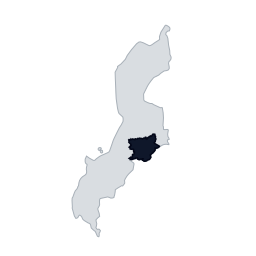 location of Kasungu, Kasungu, Malawi, rotated 214°
{"feature_id": "42251766B4237185447418", "entity_name": "Kasungu", "entity_type": "district", "adm_level": 2, "iso_a3": "MWI", "parent_name": "Malawi", "parent_adm1": "Kasungu", "projection": "orthographic", "projection_center": [33.451, -12.996], "detail": "fine", "context": "in_parent", "style": "filled", "palette": "ink", "viewbox_px": 256, "rotation_deg": 214, "n_neighbors": 0, "source": "geoboundaries", "source_scale": "gbopen_adm2", "svg_char_len": 7480}
<svg xmlns="http://www.w3.org/2000/svg" viewBox="0 0 256 256"><g transform="rotate(214 128 128)"><path d="M99.2,148.7L97.8,146.7L96.6,147.2L94.9,148.6L94.1,149.0L93.6,148.9L93.3,148.6L92.9,147.7L91.7,145.1L90.2,143.3L88.7,142.6L87.5,141.7L88.0,140.9L88.6,140.3L88.4,139.7L87.7,138.8L85.0,137.6L84.9,137.0L87.3,135.9L88.8,134.6L89.8,133.3L91.1,130.5L92.1,127.8L92.9,126.9L93.2,125.1L93.0,123.0L93.5,120.4L93.8,117.9L93.0,116.9L92.3,115.3L93.1,112.4L94.3,110.5L100.3,108.4L104.5,106.6L105.4,105.8L106.8,104.2L107.6,102.7L107.0,102.2L103.7,102.2L102.9,101.6L100.5,96.2L101.8,90.0L102.0,87.5L101.9,84.5L101.5,82.3L100.5,81.4L99.8,80.2L100.0,77.0L101.0,76.6L103.0,72.3L104.0,69.8L102.9,67.8L101.6,64.9L101.1,63.1L100.8,62.5L101.6,61.4L103.0,60.3L104.6,60.0L106.3,59.5L111.5,54.1L111.6,53.1L110.7,51.3L108.7,48.6L108.3,47.5L108.0,44.3L107.2,43.4L104.3,41.2L102.1,38.9L102.8,36.6L103.2,34.0L102.1,32.7L100.4,31.2L99.4,29.1L98.9,27.5L97.6,26.9L96.5,26.9L95.6,27.9L94.6,27.8L93.5,27.5L93.1,26.1L93.1,24.6L92.3,23.6L91.5,22.3L91.4,21.5L91.9,21.3L92.9,21.2L97.2,23.9L99.8,24.1L102.6,24.6L105.1,27.0L106.4,27.4L108.0,27.0L112.6,26.8L114.5,27.1L116.9,28.6L117.8,28.8L119.3,28.8L119.6,28.4L119.7,27.6L119.5,25.9L119.8,24.9L120.7,23.9L123.3,25.1L129.6,30.5L129.8,31.2L133.8,36.5L135.1,38.7L135.1,39.9L136.3,44.6L136.6,46.7L136.3,48.4L136.3,49.7L136.8,51.6L136.7,52.4L138.1,55.2L138.8,57.5L138.9,59.8L138.5,62.0L137.2,65.2L137.0,66.5L137.3,67.7L138.1,69.0L139.4,70.4L140.4,72.1L141.1,74.1L141.7,75.0L142.5,74.9L143.8,75.3L144.9,76.4L146.1,78.3L146.5,80.6L146.7,81.5L143.1,81.4L138.6,81.8L137.5,82.6L137.1,84.6L135.7,88.5L134.9,90.0L133.2,92.7L130.9,96.4L130.4,97.6L130.5,98.9L131.8,104.0L133.3,109.4L133.7,111.5L134.7,118.7L135.3,123.7L135.3,126.7L135.8,130.7L137.1,132.8L138.4,134.2L143.5,135.0L145.0,136.0L147.8,138.6L154.1,145.6L157.5,150.1L160.4,154.1L165.8,161.4L169.9,167.1L170.4,172.4L171.1,173.2L169.6,177.2L168.6,183.5L169.2,187.8L168.9,195.0L168.0,202.6L167.0,205.4L165.8,206.4L162.9,207.2L156.5,208.1L155.5,209.0L154.7,210.5L153.4,214.0L151.8,217.6L151.3,219.1L151.6,219.5L153.0,221.3L154.3,225.9L154.5,233.9L154.0,234.5L152.1,234.8L150.1,234.7L149.2,234.3L148.5,233.4L148.0,231.7L149.3,230.5L149.8,228.4L149.0,226.6L147.3,226.2L145.1,224.6L140.5,219.2L136.7,215.5L134.4,212.4L132.2,211.1L131.5,210.3L130.9,209.0L130.9,207.1L131.2,205.8L130.5,204.2L128.1,201.8L127.1,200.4L127.0,198.8L128.0,197.3L130.0,195.4L131.5,191.6L132.1,189.1L134.9,184.2L135.3,179.8L135.4,176.4L135.3,173.8L134.6,168.5L134.1,164.9L130.6,160.1L129.5,159.6L126.2,160.0L123.3,160.7L121.9,161.7L119.8,161.7L114.2,162.6L112.5,162.9L111.4,163.8L110.9,164.0L107.4,160.3L104.3,156.3L100.3,149.5L99.2,148.7ZM140.1,96.2L139.2,96.4L138.6,95.9L138.8,94.4L139.1,93.4L140.0,93.2L140.7,93.5L141.1,94.0L141.2,94.8L140.9,95.6L140.1,96.2ZM138.1,93.5L137.5,95.0L136.4,94.9L135.4,93.6L135.7,92.6L136.7,92.3L137.6,92.7L138.1,93.5Z" fill="#d9dde1" stroke="#a8b0b8" stroke-width="1"/><path d="M112.6,126.1L112.6,125.9L112.7,125.6L113.0,125.5L113.1,125.3L113.3,125.3L113.5,125.1L113.7,124.9L113.8,124.9L114.0,124.9L114.2,124.7L114.1,124.3L114.2,124.2L114.3,124.1L114.2,123.9L114.3,123.8L114.4,123.7L114.6,123.7L115.0,123.2L115.3,123.2L115.4,123.3L115.5,123.3L115.6,123.2L115.8,123.2L116.0,123.0L116.0,122.9L115.8,122.8L115.9,122.6L115.8,122.4L115.8,122.2L116.2,122.1L116.5,121.9L116.7,122.0L116.8,122.0L117.0,121.9L117.3,121.6L117.7,121.6L117.9,121.2L118.2,121.0L118.3,121.0L118.5,121.1L118.6,120.9L118.8,120.2L119.0,119.8L119.2,119.7L119.3,119.7L119.4,119.8L119.4,119.7L119.6,119.7L119.7,119.4L119.9,119.3L120.2,119.2L120.4,119.1L120.7,119.0L120.8,118.5L120.5,118.3L120.2,118.2L120.0,117.9L119.9,117.9L119.8,117.7L119.6,117.6L119.5,117.2L119.4,116.8L119.4,116.7L118.4,116.4L117.4,116.3L117.1,116.2L116.7,116.2L116.6,115.9L116.3,115.8L116.1,115.8L116.0,115.7L115.9,115.5L115.7,115.3L115.8,115.2L115.9,114.8L115.8,114.5L115.9,114.3L116.0,114.3L116.0,114.2L115.9,114.1L116.0,114.0L115.9,113.9L115.7,113.8L115.7,113.7L115.9,113.7L116.0,113.3L116.2,113.1L116.3,113.0L116.2,112.8L116.2,112.6L115.7,112.6L115.2,112.6L115.2,112.8L114.8,112.5L114.8,112.4L114.6,112.3L114.6,112.1L114.4,112.0L114.5,111.9L114.4,111.8L114.1,112.0L113.9,112.0L113.5,112.2L113.4,112.2L113.2,112.3L112.8,112.8L112.4,113.0L112.0,113.2L111.9,113.1L111.6,113.4L111.4,113.4L110.8,112.6L110.6,112.1L109.9,111.3L109.6,111.5L109.2,111.8L109.1,111.7L108.7,110.9L108.6,109.5L108.8,109.3L109.0,109.1L109.2,108.9L109.4,108.6L109.4,108.4L109.2,108.2L108.9,107.9L108.9,107.7L108.7,107.6L108.7,107.2L108.7,106.9L108.5,106.7L108.5,106.3L108.4,106.2L108.2,105.9L108.5,105.6L109.5,105.3L109.5,104.8L110.1,103.4L109.7,103.4L109.5,103.6L108.5,103.6L108.2,103.5L108.2,103.4L107.8,103.7L107.5,103.8L107.5,104.0L107.3,104.1L107.3,104.3L107.2,104.3L106.8,104.5L106.6,104.5L106.4,104.7L106.4,104.9L106.5,105.2L106.6,105.3L106.7,105.5L106.4,105.8L106.2,105.7L106.0,105.9L105.9,105.9L105.6,106.1L105.4,106.2L105.3,106.3L105.2,106.5L105.0,106.8L104.8,107.0L104.9,107.3L104.7,107.4L104.6,107.5L104.4,107.6L104.2,107.8L104.0,108.2L103.7,108.4L103.4,108.3L103.2,108.1L102.7,108.1L102.6,107.8L102.5,107.7L102.4,107.6L102.1,107.7L101.3,107.8L101.0,107.9L100.8,108.1L100.2,109.2L99.9,109.5L99.4,109.6L99.1,109.9L98.9,110.5L98.6,110.7L98.7,109.8L98.5,109.7L98.3,109.6L97.8,109.4L97.5,109.5L97.3,109.5L97.1,109.6L96.9,109.9L96.6,109.8L96.3,109.4L95.6,109.7L95.1,110.1L94.8,110.5L94.5,110.8L94.2,111.3L94.1,111.5L94.0,112.1L93.9,112.5L93.5,113.0L93.1,113.3L92.7,113.8L92.6,114.0L92.6,115.7L92.6,116.2L92.6,116.4L92.6,116.5L92.8,116.7L93.4,117.1L93.6,117.4L93.8,117.5L94.0,117.5L94.5,118.2L94.4,118.4L94.2,118.6L94.2,119.3L94.0,119.9L94.1,120.2L94.1,120.4L93.9,120.5L93.7,120.7L93.6,121.1L93.4,121.3L93.4,121.6L93.6,121.9L93.6,122.0L93.5,122.4L93.2,122.8L93.2,123.3L93.1,123.6L93.1,123.8L93.2,124.1L93.2,124.3L93.2,124.5L93.1,124.8L93.6,125.4L93.9,126.2L94.0,126.3L94.2,126.5L93.5,126.7L93.3,126.9L93.1,127.4L93.0,127.8L92.9,127.9L92.5,127.9L92.4,127.9L92.3,128.0L92.2,128.3L91.9,129.4L91.6,130.1L91.8,130.5L97.5,130.1L97.8,130.2L98.0,130.4L98.1,130.5L97.9,130.8L98.0,131.2L98.0,131.4L98.0,131.6L97.9,131.7L97.8,131.8L97.9,132.2L98.0,132.3L98.2,132.8L98.3,133.1L98.5,133.4L98.6,133.6L98.6,133.9L98.6,134.4L98.9,134.7L99.3,134.9L99.7,135.2L100.2,135.7L100.4,135.9L100.5,136.0L100.5,136.5L101.0,136.7L101.5,136.6L101.7,136.8L101.7,137.1L101.8,137.3L101.9,137.5L102.2,137.8L102.4,137.7L102.6,137.6L102.8,137.6L103.0,137.4L103.1,137.2L103.4,137.2L103.5,136.9L103.9,136.8L104.0,136.7L104.0,136.4L104.0,135.9L104.0,135.7L103.8,135.3L103.8,135.1L104.0,134.8L103.9,134.7L104.0,134.3L104.2,134.1L104.4,134.1L104.5,134.1L104.8,134.1L104.8,133.9L104.8,133.6L105.2,133.5L105.3,133.3L105.3,133.1L105.5,132.9L105.4,132.6L105.6,132.4L105.6,132.1L105.8,132.1L106.0,131.8L106.0,131.7L106.0,131.4L106.1,131.2L106.0,130.9L106.3,130.7L106.2,130.5L106.2,130.3L106.2,130.2L105.9,130.0L105.9,129.9L106.0,129.7L106.1,129.2L106.3,129.2L106.3,129.3L106.4,129.5L106.5,129.4L106.7,129.5L106.9,129.7L107.0,129.7L107.2,129.9L107.3,129.9L107.5,130.0L107.6,129.8L107.7,129.7L107.8,129.7L107.8,129.8L107.9,130.0L108.0,130.1L108.1,129.9L108.3,129.9L108.2,129.2L108.5,129.4L108.5,129.1L108.5,128.8L108.5,128.6L109.4,128.4L109.5,128.1L109.7,127.6L109.5,127.4L109.5,127.2L109.8,127.0L110.1,126.9L110.2,127.0L110.4,127.0L110.5,127.0L110.8,127.0L110.9,126.8L111.2,126.7L111.3,126.6L111.4,126.4L111.6,126.3L111.8,126.3L111.9,126.2L112.2,126.2L112.3,126.3L112.6,126.2L112.6,126.1Z" fill="#0f172a" stroke="#020617" stroke-width="1.5"/></g></svg>